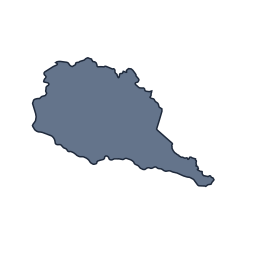 Yevrey, Robinson projection, rotated 32°
{"feature_id": "RUS-2613", "entity_name": "Yevrey", "entity_type": "Autonomous Region", "adm_level": 1, "iso_a3": "RUS", "parent_name": "Russia", "parent_adm1": "", "projection": "robinson", "projection_center": [132.69, 48.574], "detail": "fine", "context": "isolated", "style": "filled", "palette": "slate", "viewbox_px": 256, "rotation_deg": 32, "n_neighbors": 0, "source": "natural_earth", "source_scale": "10m", "svg_char_len": 5742}
<svg xmlns="http://www.w3.org/2000/svg" viewBox="0 0 256 256"><g transform="rotate(32 128 128)"><path d="M32.4,133.5L31.8,133.2L31.4,131.7L31.3,131.1L31.3,130.5L31.6,129.4L31.6,128.8L31.1,127.8L30.1,127.4L29.0,127.2L28.1,126.6L27.6,125.6L27.7,124.5L32.1,115.4L33.9,112.8L34.3,111.9L34.2,111.1L33.2,110.8L32.0,110.9L32.4,109.9L32.7,109.4L34.2,108.1L35.5,107.3L41.3,104.7L41.8,104.6L42.5,104.5L42.9,104.6L43.3,104.7L44.6,105.3L45.3,105.6L46.5,105.7L47.4,105.7L47.8,105.5L48.2,105.4L48.4,105.0L49.5,102.9L49.8,102.2L49.8,101.9L49.7,101.6L49.3,100.9L49.3,100.5L49.5,100.1L49.9,99.5L50.2,99.2L50.7,99.0L51.0,98.8L51.4,98.2L52.0,96.9L52.3,96.6L54.5,94.1L54.9,93.5L55.0,93.2L55.4,91.7L55.9,90.8L56.4,90.1L56.8,89.7L57.3,89.6L58.7,89.4L59.1,89.3L60.0,89.0L60.3,88.9L60.6,88.9L60.8,89.1L61.1,89.5L61.4,89.6L62.0,89.7L62.2,89.8L62.4,90.1L62.6,90.2L62.9,90.3L64.3,89.7L64.9,89.5L66.1,89.6L66.6,89.7L66.8,89.9L67.4,90.3L67.9,90.7L69.1,92.0L69.4,92.1L69.8,92.1L70.5,91.8L71.2,91.3L71.7,90.9L72.8,90.2L75.0,89.0L75.3,88.8L75.7,87.9L76.0,87.7L76.5,87.4L83.5,86.2L83.8,86.0L84.2,85.5L84.5,85.3L84.9,85.3L85.6,85.5L86.0,85.7L86.3,85.9L87.2,87.3L87.7,87.8L87.9,87.9L88.3,88.1L88.7,88.2L89.8,88.3L90.2,88.4L90.4,88.5L91.0,89.2L92.7,90.3L93.0,90.4L93.3,90.3L93.5,90.0L93.5,89.7L93.3,88.8L93.1,88.3L92.7,87.5L92.5,87.0L92.4,86.4L92.5,86.1L92.7,85.9L92.9,85.7L93.7,85.2L94.0,84.9L94.2,84.2L94.2,83.6L94.1,83.0L93.9,82.5L94.1,82.3L96.8,81.9L97.2,81.6L97.3,81.4L96.2,80.1L96.2,79.8L96.5,78.9L96.9,77.5L97.0,77.3L99.4,76.2L100.2,76.3L101.5,76.5L104.4,77.6L106.4,78.5L106.9,79.2L107.3,79.6L110.8,80.7L111.4,81.1L111.8,81.4L112.0,82.6L112.0,83.2L112.0,83.6L111.8,83.9L111.7,84.2L110.6,85.4L110.5,85.7L110.4,86.0L110.5,86.3L110.6,86.6L111.1,87.0L111.5,87.1L112.1,87.3L113.6,87.5L114.4,87.7L116.0,87.9L116.5,87.8L117.0,87.6L119.0,86.5L119.5,86.1L119.8,85.9L120.2,85.8L120.8,85.9L121.2,86.0L121.5,86.2L122.1,86.9L122.6,87.3L123.1,87.3L123.9,87.2L126.8,85.9L128.5,84.0L129.0,85.0L129.2,86.3L130.2,88.0L130.4,88.6L130.4,88.8L130.3,89.9L130.3,90.2L130.5,90.4L131.0,90.5L131.4,90.5L132.2,90.4L134.1,89.8L134.5,89.8L135.2,90.0L136.3,90.7L137.5,91.1L139.1,91.1L140.3,91.3L140.8,91.6L141.4,92.0L142.4,93.0L143.0,93.5L143.5,93.8L143.8,93.8L146.6,93.8L147.9,95.8L150.6,105.4L152.8,113.7L153.3,114.0L154.3,114.3L173.5,117.5L174.0,117.8L174.2,118.1L174.2,118.6L174.2,118.9L174.4,119.4L174.5,119.9L175.4,120.6L175.5,120.8L175.7,121.3L176.0,121.8L178.0,123.1L178.3,123.3L179.5,123.7L180.0,124.0L180.4,124.1L181.0,124.2L182.1,124.2L183.2,124.4L185.4,124.3L185.7,124.3L186.3,124.7L187.8,124.5L188.7,124.6L188.9,124.5L189.2,124.2L189.6,123.9L190.9,123.6L191.8,123.6L192.1,123.5L192.5,123.2L193.3,122.4L193.6,122.2L193.9,122.1L194.4,122.1L194.7,122.3L195.0,122.5L195.4,122.8L195.6,122.7L196.0,121.7L196.1,121.4L195.9,120.9L195.8,120.6L195.8,120.3L196.0,119.9L196.5,119.6L196.8,119.4L197.2,119.3L197.8,119.4L198.9,119.2L201.6,118.4L202.1,119.2L202.3,119.4L202.7,119.5L203.1,119.5L203.5,119.8L203.9,120.6L204.1,121.5L205.9,123.4L205.9,123.5L205.7,123.9L205.8,124.1L206.3,124.1L207.3,123.8L207.7,123.9L208.5,124.6L209.1,125.0L209.2,125.5L208.9,126.1L208.8,126.3L208.9,126.5L209.3,126.6L212.4,126.4L213.1,126.1L213.4,125.8L213.7,125.7L214.0,125.7L214.3,126.1L214.8,127.0L215.4,127.6L216.1,128.0L216.6,128.2L217.6,128.3L218.6,127.8L219.6,127.6L220.4,127.1L221.4,126.9L221.6,126.7L221.9,126.5L222.3,125.5L222.5,125.3L222.8,125.1L223.1,125.0L223.5,125.0L223.8,125.1L224.7,125.6L225.0,125.6L225.3,125.6L226.2,125.3L226.5,125.3L227.3,125.8L227.7,126.0L228.0,126.0L228.3,126.3L228.4,126.8L228.2,128.3L228.0,129.6L228.2,131.4L228.2,131.6L228.1,131.8L226.2,133.4L225.7,134.1L224.9,136.3L223.9,136.5L218.8,139.4L218.0,139.5L217.2,139.4L211.0,136.9L210.2,136.9L206.8,137.1L206.4,137.2L204.2,138.2L200.6,139.2L193.4,140.2L189.3,141.6L186.6,142.0L185.9,142.3L185.2,142.7L183.3,144.4L182.6,144.8L181.2,145.1L178.6,145.0L178.1,145.0L177.3,145.3L175.7,146.1L174.9,146.4L172.3,146.3L171.5,146.7L170.9,147.4L169.9,149.1L169.2,149.8L168.5,150.2L167.0,150.5L166.3,150.9L165.8,151.3L165.4,151.8L165.1,152.4L164.8,153.1L164.3,154.2L163.5,154.8L162.6,155.2L159.9,155.5L159.3,155.4L157.6,154.8L156.9,154.6L156.1,154.6L153.6,154.9L152.6,154.9L152.1,154.7L151.3,154.1L150.8,153.8L149.0,153.5L147.3,153.5L143.1,154.5L142.3,154.9L141.7,155.4L141.2,156.2L140.9,156.9L140.4,157.4L140.1,157.6L136.3,159.1L136.2,159.3L132.8,161.4L132.3,162.0L131.4,163.4L130.8,163.9L130.2,164.2L129.4,164.4L128.8,164.4L128.2,164.1L127.1,163.2L126.4,163.0L125.6,162.9L124.9,163.0L124.2,163.4L123.9,163.7L123.7,164.1L123.6,164.5L123.6,165.0L124.1,166.2L124.1,166.6L123.9,167.4L123.5,168.0L121.2,170.4L120.0,171.9L119.8,172.3L119.7,172.6L119.6,173.0L120.0,174.0L120.0,174.5L120.0,174.9L119.7,175.4L118.9,176.3L118.4,176.7L118.0,177.0L117.4,177.2L115.2,177.3L114.2,177.1L111.8,176.0L110.3,175.7L108.7,175.6L105.6,176.0L105.0,176.2L102.8,177.6L102.2,177.9L101.0,178.2L98.9,178.3L97.7,178.0L94.8,177.8L92.1,178.2L91.7,178.4L90.6,179.2L90.2,179.4L89.7,179.5L89.3,179.5L88.8,179.4L87.5,178.7L87.0,178.6L86.2,178.5L84.5,178.8L83.7,178.9L80.2,177.9L79.3,178.0L76.9,179.6L76.5,179.7L76.1,179.8L75.2,179.8L74.8,179.7L74.5,179.5L72.7,177.5L71.3,176.4L69.9,175.7L68.3,175.3L67.3,175.2L57.8,177.1L55.9,177.8L54.2,178.7L53.0,179.0L52.1,179.1L50.3,179.0L49.4,178.7L47.6,177.7L46.8,177.4L45.7,176.6L45.5,174.8L45.7,172.6L45.7,170.8L44.2,167.2L42.0,164.7L34.1,157.8L33.8,157.0L33.6,155.7L33.3,154.8L33.3,154.0L33.8,152.9L35.3,151.3L36.3,150.5L37.1,150.1L37.4,149.8L37.9,147.8L38.1,147.2L38.4,146.7L40.4,144.6L40.7,143.9L40.7,142.6L40.6,141.6L40.2,141.3L39.7,141.1L39.2,140.8L38.7,140.4L38.4,139.9L38.0,138.8L37.1,137.2L36.9,136.2L37.2,135.2L37.8,134.0L37.8,133.0L37.2,132.3L35.9,132.2L32.4,133.5Z" fill="#64748b" stroke="#1e293b" stroke-width="1.5"/></g></svg>